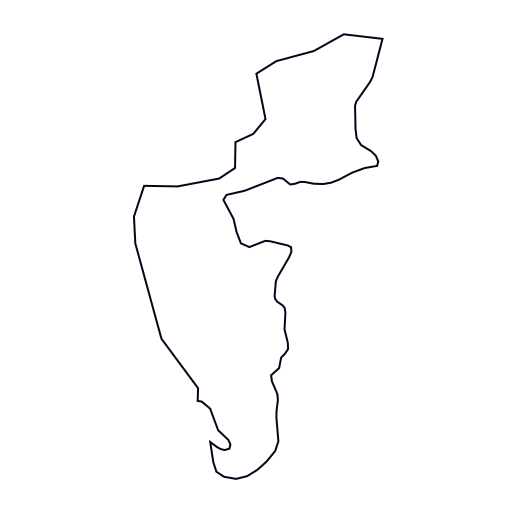 SVG path tracing the border of Al Buraymi, rotated 181°
{"feature_id": "OMN-4836", "entity_name": "Al Buraymi", "entity_type": "Province", "adm_level": 1, "iso_a3": "OMN", "parent_name": "Oman", "parent_adm1": "", "projection": "mercator", "projection_center": [55.822, 24.259], "detail": "fine", "context": "isolated", "style": "outline", "palette": "ink", "viewbox_px": 512, "rotation_deg": 181, "n_neighbors": 0, "source": "natural_earth", "source_scale": "10m", "svg_char_len": 1320}
<svg xmlns="http://www.w3.org/2000/svg" viewBox="0 0 512 512"><g transform="rotate(181 256 256)"><path d="M272.0,32.8L283.4,34.6L284.1,34.7L291.8,39.6L295.0,48.8L297.4,62.5L298.5,69.2L291.7,64.3L288.1,62.4L284.1,61.4L279.2,62.9L278.3,66.9L280.3,71.5L290.8,81.1L299.2,102.6L307.8,109.5L311.8,110.1L311.6,122.8L349.1,171.6L376.9,266.5L378.7,293.3L369.1,324.2L335.6,324.2L294.2,332.8L278.5,343.6L278.5,369.5L260.8,378.1L248.9,393.1L258.8,438.3L239.1,451.2L201.7,462.0L172.1,479.2L133.3,475.3L142.6,436.9L145.2,431.7L158.4,412.1L159.6,408.0L158.7,384.5L157.4,375.6L152.9,368.8L142.6,362.7L137.9,358.3L135.4,352.7L136.5,348.2L148.7,345.9L160.7,341.3L166.2,338.3L174.5,333.7L182.2,330.6L190.3,329.1L199.7,329.3L208.9,330.9L213.3,330.8L217.9,329.0L223.0,328.1L230.4,333.9L235.6,334.5L268.6,321.0L286.5,316.6L289.6,311.6L279.1,292.7L275.8,279.5L271.3,268.4L262.8,264.8L247.0,271.3L242.2,271.0L224.5,267.1L221.1,265.4L220.7,260.7L222.9,255.3L233.9,235.6L235.7,231.1L236.7,216.1L236.1,213.5L234.0,210.7L228.3,206.9L226.5,204.7L225.6,200.0L226.2,183.1L222.7,170.0L222.3,163.5L225.1,159.1L229.1,154.8L230.9,144.4L238.8,137.0L237.9,131.0L233.6,121.5L232.2,118.2L231.6,112.5L232.8,100.9L232.8,95.0L230.4,71.1L233.4,61.4L242.0,50.5L250.0,43.1L251.2,42.0L261.1,35.7L272.0,32.8Z" fill="none" stroke="#020617" stroke-width="2"/></g></svg>